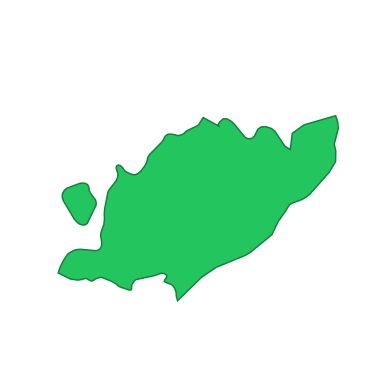 the border of Vaucluse, rotated 296°
{"feature_id": "FRA-5352", "entity_name": "Vaucluse", "entity_type": "Metropolitan department", "adm_level": 1, "iso_a3": "FRA", "parent_name": "France", "parent_adm1": "", "projection": "natural_earth1", "projection_center": [5.058, 44.047], "detail": "fine", "context": "isolated", "style": "filled", "palette": "green", "viewbox_px": 384, "rotation_deg": 296, "n_neighbors": 0, "source": "natural_earth", "source_scale": "10m", "svg_char_len": 2344}
<svg xmlns="http://www.w3.org/2000/svg" viewBox="0 0 384 384"><g transform="rotate(296 192 192)"><path d="M323.5,287.7L319.2,292.0L313.3,295.6L297.3,298.9L292.0,303.2L282.4,307.7L270.0,306.7L241.8,298.9L237.4,296.8L233.3,294.0L225.9,286.9L223.3,285.3L220.5,284.8L216.5,284.6L203.6,282.4L188.7,282.5L163.4,271.0L158.3,267.5L134.9,246.8L119.9,238.1L87.9,226.7L89.5,225.4L90.1,224.7L91.6,223.5L94.5,221.9L96.0,220.6L97.6,218.8L98.8,217.1L99.3,216.0L99.6,214.9L99.8,213.7L99.3,209.1L99.3,207.3L99.4,206.5L99.5,206.2L100.5,206.1L101.3,206.0L102.4,206.2L102.5,206.3L104.0,206.5L104.8,206.4L105.2,206.3L105.4,206.3L105.5,206.2L105.9,205.7L106.2,204.8L106.4,203.7L106.4,202.5L106.0,201.1L105.1,199.6L100.5,195.0L89.2,180.7L88.0,179.7L86.4,179.1L85.1,178.9L82.5,178.6L81.3,178.9L80.3,179.3L78.5,180.2L77.6,180.3L76.7,179.4L76.2,177.8L75.1,168.5L75.2,167.0L75.4,166.0L75.8,165.1L76.1,163.9L76.4,160.1L76.4,157.7L75.7,148.6L75.1,147.3L74.2,145.9L72.1,143.8L69.1,142.0L68.2,141.1L67.7,139.8L67.8,137.4L68.0,135.9L67.8,134.7L67.1,133.4L65.1,131.4L62.8,128.1L60.5,120.9L60.5,107.2L67.3,106.4L74.5,106.5L81.1,107.4L82.9,108.1L84.8,109.3L88.4,112.1L90.1,114.3L91.5,116.6L96.9,130.8L98.0,132.6L99.9,134.0L102.2,134.5L105.3,133.9L107.7,132.6L112.0,129.5L114.3,128.4L116.5,127.8L123.0,127.2L125.1,126.7L129.5,125.1L134.1,122.6L138.8,120.8L155.0,116.5L158.2,116.7L169.1,118.9L173.0,118.6L175.9,117.5L179.2,114.3L180.8,113.1L182.5,112.9L183.9,113.8L184.3,116.2L183.6,118.5L181.5,122.6L181.2,124.8L181.4,129.2L181.7,131.3L182.5,133.3L185.0,135.4L188.7,137.0L195.9,138.3L200.1,138.0L203.5,137.2L207.0,137.4L223.7,143.0L227.0,143.4L229.2,143.3L231.4,143.8L233.3,145.0L234.9,147.9L235.7,150.4L236.1,152.7L236.7,154.9L238.1,156.8L240.5,158.8L244.6,160.4L253.4,167.4L255.5,168.5L263.8,169.4L263.0,187.1L264.1,185.9L266.8,186.1L271.4,187.9L273.0,191.2L272.9,195.5L271.7,199.9L264.5,215.6L264.4,219.1L266.6,222.5L269.7,223.6L277.3,223.7L280.9,225.7L283.2,230.1L283.9,235.4L283.0,239.8L273.9,255.4L273.3,261.7L288.8,256.4L301.6,263.4L323.5,287.6L323.5,287.7ZM133.8,76.3L137.4,76.5L140.7,78.0L150.2,87.0L151.8,89.2L152.9,91.8L152.9,94.8L151.6,96.7L147.7,99.6L145.8,102.3L142.8,108.4L140.5,110.6L137.8,111.6L117.8,111.6L115.7,110.4L114.4,108.3L113.9,105.6L114.2,102.8L115.8,98.4L127.8,80.1L130.5,77.6L133.8,76.3Z" fill="#22c55e" stroke="#15803d" stroke-width="1.5"/></g></svg>